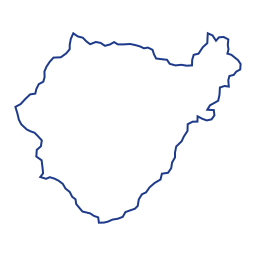 Urucânia, Minas Gerais, Brazil (Mercator projection)
{"feature_id": "56859067B64540863553467", "entity_name": "Urucânia", "entity_type": "district", "adm_level": 2, "iso_a3": "BRA", "parent_name": "Brazil", "parent_adm1": "Minas Gerais", "projection": "mercator", "projection_center": [-42.721, -20.332], "detail": "fine", "context": "isolated", "style": "outline", "palette": "blue", "viewbox_px": 256, "rotation_deg": 0, "n_neighbors": 0, "source": "geoboundaries", "source_scale": "gbopen_adm2", "svg_char_len": 1717}
<svg xmlns="http://www.w3.org/2000/svg" viewBox="0 0 256 256"><path d="M176.2,146.5L181.6,141.3L183.8,136.6L187.5,130.9L187.7,124.2L192.6,121.7L197.4,121.6L197.6,116.3L202.3,118.8L206.7,120.4L211.5,119.4L214.4,115.4L213.8,110.1L207.3,109.7L210.0,105.3L214.4,102.9L218.2,100.7L219.5,94.7L219.9,87.5L224.5,86.0L228.8,86.6L228.3,80.1L229.4,76.0L233.7,74.9L236.3,71.6L240.2,69.5L240.6,64.0L238.0,60.1L234.8,57.6L231.4,54.8L227.4,53.6L228.5,49.3L227.8,45.2L228.3,39.4L223.7,37.0L219.0,37.3L216.0,40.7L212.5,35.4L207.8,33.3L207.5,38.2L207.3,43.1L202.8,47.2L198.5,53.7L193.7,54.8L192.2,59.8L192.0,65.4L186.8,65.7L181.4,64.8L175.4,65.4L169.7,63.8L167.0,59.8L161.7,59.2L156.1,58.5L154.0,54.3L152.5,49.8L147.9,47.6L144.0,48.3L139.7,46.3L135.4,45.1L130.2,44.0L123.3,44.4L117.9,44.4L114.1,42.1L109.9,44.5L104.9,45.8L100.6,42.9L95.8,42.0L90.1,44.2L86.4,41.4L82.8,37.7L77.7,36.4L73.3,33.3L70.8,38.9L69.7,44.9L69.7,49.2L66.2,53.4L60.8,57.3L53.5,57.6L49.8,61.7L46.5,66.6L44.4,71.6L44.6,77.0L43.3,81.7L38.8,84.1L36.4,88.9L35.3,93.6L30.1,94.4L25.4,98.9L20.6,104.1L15.4,106.9L17.4,113.5L18.9,119.8L21.3,124.4L26.8,129.5L30.5,131.3L34.5,132.7L37.8,136.0L41.8,140.4L40.9,146.3L36.8,149.8L36.3,156.5L41.6,160.3L42.4,166.6L43.1,173.3L40.3,177.0L46.1,178.8L49.8,177.2L54.4,178.6L58.6,180.7L62.8,183.9L65.6,188.7L69.7,191.9L72.2,196.8L75.5,199.3L76.2,204.0L79.4,207.9L82.4,211.5L90.2,213.4L93.9,215.9L98.2,217.4L98.9,222.7L103.9,222.6L107.7,221.7L112.5,219.6L117.9,218.7L122.7,216.9L125.4,212.1L130.6,210.2L134.8,208.8L137.7,206.0L138.8,199.4L141.9,194.3L146.0,192.4L149.7,187.2L154.6,183.0L160.5,179.5L161.9,173.7L168.0,172.8L171.2,168.2L172.1,162.5L175.0,157.4L175.0,152.6L176.2,146.5Z" fill="none" stroke="#1e3a8a" stroke-width="2"/></svg>